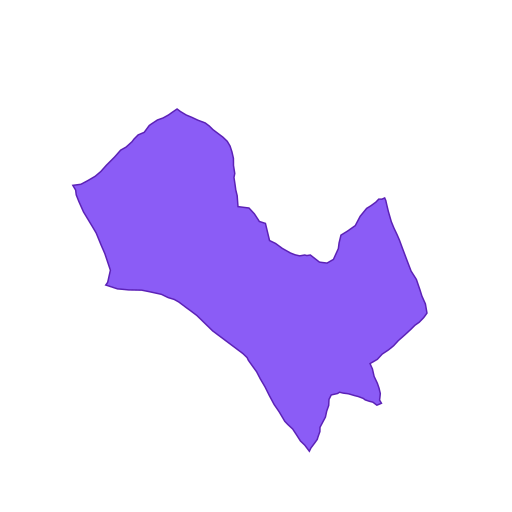 outline of Etsako West, Edo, Nigeria, rotated 307°
{"feature_id": "59680162B35912483761792", "entity_name": "Etsako West", "entity_type": "district", "adm_level": 2, "iso_a3": "NGA", "parent_name": "Nigeria", "parent_adm1": "Edo", "projection": "natural_earth1", "projection_center": [6.315, 7.0], "detail": "fine", "context": "isolated", "style": "filled", "palette": "violet", "viewbox_px": 512, "rotation_deg": 307, "n_neighbors": 0, "source": "geoboundaries", "source_scale": "gbopen_adm2", "svg_char_len": 2414}
<svg xmlns="http://www.w3.org/2000/svg" viewBox="0 0 512 512"><g transform="rotate(307 256 256)"><path d="M197.5,404.7L198.9,408.0L200.3,410.5L200.7,411.1L201.7,413.0L203.9,418.9L205.3,422.2L206.8,427.3L206.8,429.8L208.2,434.0L209.6,437.3L209.6,442.3L212.6,444.1L213.9,444.8L215.3,441.4L218.4,439.6L221.0,438.0L224.5,433.8L227.4,429.5L230.9,422.8L235.9,416.9L237.3,414.3L238.7,411.8L246.5,415.1L253.6,415.8L260.7,418.3L267.1,419.9L274.2,420.6L282.0,422.2L282.4,422.3L282.5,422.3L290.6,423.8L296.3,424.6L298.2,425.2L301.2,426.2L307.6,427.0L309.8,427.0L313.3,426.9L319.7,420.1L323.9,412.5L327.5,407.5L333.8,398.2L337.3,388.9L343.7,378.7L350.1,368.6L355.0,361.0L357.9,355.9L361.4,349.2L364.9,343.3L371.3,334.8L375.5,329.7L378.4,326.3L379.8,323.8L377.2,322.4L375.3,319.8L371.1,319.3L365.2,317.5L360.6,315.7L350.4,315.3L340.0,317.0L330.7,314.0L323.8,311.3L316.4,314.5L311.5,317.3L299.9,319.9L293.1,317.0L289.3,310.4L289.5,298.8L287.0,296.4L286.1,294.3L282.4,290.8L280.5,286.6L279.1,281.6L277.9,272.4L277.8,264.1L276.5,257.5L287.7,243.9L285.6,237.9L288.7,229.3L290.1,221.5L284.6,211.9L292.8,204.7L297.0,199.6L297.5,199.2L301.3,195.4L305.5,191.1L309.1,189.4L314.8,183.5L317.3,181.6L320.4,179.2L324.7,174.1L328.2,169.1L330.3,164.0L331.0,158.1L331.0,149.8L331.0,145.5L331.7,140.5L331.7,138.2L331.7,136.4L331.7,135.4L329.5,127.9L328.1,121.2L326.6,115.4L325.9,108.6L325.9,104.5L320.9,102.8L315.9,101.2L310.3,98.7L305.3,95.4L298.5,93.0L296.0,92.2L287.5,92.3L281.8,89.0L276.1,88.2L272.6,88.2L264.8,86.7L259.1,84.2L249.9,83.5L244.2,82.7L238.5,81.9L230.0,81.2L228.7,80.9L227.8,80.7L226.5,80.4L222.9,79.6L215.0,76.3L207.9,73.0L202.2,67.2L200.1,72.3L196.6,75.7L193.0,81.6L187.4,91.7L181.0,107.7L178.2,114.5L171.2,126.3L168.9,130.4L166.9,133.9L157.0,148.3L145.7,153.4L142.4,153.5L146.4,165.2L148.5,168.5L152.1,174.4L152.5,175.0L155.7,179.4L159.9,185.2L163.5,192.7L168.5,203.6L169.8,210.3L170.0,211.1L172.1,216.9L172.8,222.0L172.8,231.5L172.9,236.2L172.9,244.6L170.1,266.5L170.2,304.3L169.5,310.1L168.1,312.7L166.0,319.4L163.9,326.2L160.4,333.5L160.3,333.8L159.2,336.4L159.1,336.7L156.8,342.2L152.6,350.6L148.3,359.9L145.5,368.3L141.3,378.5L140.6,382.7L139.9,389.4L137.8,395.3L135.0,402.9L134.3,408.7L132.2,416.1L135.7,415.4L142.1,415.4L146.4,415.3L148.5,414.5L154.2,412.7L157.7,410.2L169.1,408.4L174.7,405.8L180.4,404.0L185.4,400.6L190.3,399.7L195.3,403.9L197.5,404.7Z" fill="#8b5cf6" stroke="#5b21b6" stroke-width="1.5"/></g></svg>